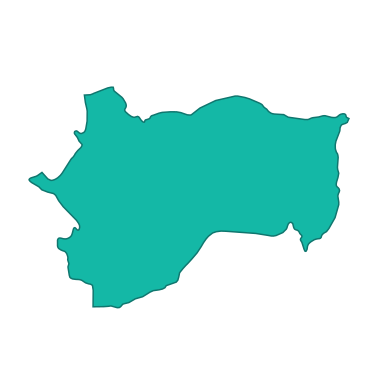 the border of Cojedes, rotated 266°
{"feature_id": "VEN-32", "entity_name": "Cojedes", "entity_type": "State", "adm_level": 1, "iso_a3": "VEN", "parent_name": "Venezuela", "parent_adm1": "", "projection": "robinson", "projection_center": [-68.34, 9.331], "detail": "fine", "context": "isolated", "style": "filled", "palette": "teal", "viewbox_px": 384, "rotation_deg": 266, "n_neighbors": 0, "source": "natural_earth", "source_scale": "10m", "svg_char_len": 4204}
<svg xmlns="http://www.w3.org/2000/svg" viewBox="0 0 384 384"><g transform="rotate(266 192 192)"><path d="M296.2,91.4L296.1,97.3L296.8,99.8L297.2,100.7L301.7,115.2L302.2,118.7L302.0,120.7L301.1,120.9L299.2,121.0L298.4,121.3L297.7,121.9L291.3,128.7L289.8,129.8L285.6,131.9L284.6,132.2L283.5,132.4L282.4,132.4L281.4,132.1L280.6,131.7L279.8,131.1L279.0,130.7L278.1,130.6L277.3,130.9L276.6,131.3L273.7,134.1L271.7,136.6L270.9,138.2L270.5,139.6L271.2,143.0L270.8,143.8L270.2,144.5L267.6,146.0L266.5,146.8L265.1,148.3L265.0,149.2L265.5,149.7L266.3,149.9L267.1,150.5L267.8,153.6L268.2,154.7L268.8,155.3L269.6,155.7L270.3,156.3L270.8,156.9L271.1,157.8L271.2,158.4L272.9,164.4L273.3,166.6L273.5,167.9L273.5,176.4L273.0,182.3L272.0,186.3L269.3,192.7L269.0,194.7L268.9,196.2L269.3,197.1L275.2,205.8L281.6,222.0L284.7,241.8L284.5,244.3L282.6,251.4L280.9,255.8L275.9,265.6L274.8,267.3L274.2,268.0L271.9,269.5L271.2,270.1L269.4,272.3L267.6,273.5L266.6,274.4L265.2,276.2L264.5,277.7L264.0,279.8L262.8,288.9L259.9,293.2L256.4,309.7L256.2,312.5L256.5,314.0L256.9,314.9L257.4,316.2L257.7,317.9L258.0,323.6L258.8,327.5L258.9,329.0L258.8,330.1L256.7,336.5L256.4,338.4L256.3,340.1L256.5,341.2L256.9,342.1L258.4,344.2L258.8,344.9L259.2,345.9L259.5,347.8L259.4,349.1L259.0,350.0L258.6,350.5L258.0,350.8L256.2,351.1L255.6,351.5L254.3,353.7L252.1,352.5L250.7,351.8L250.2,350.9L249.6,349.5L249.3,348.0L248.6,345.9L247.4,345.0L245.7,344.2L243.1,343.8L242.1,343.5L232.6,339.1L229.2,338.2L225.6,338.0L224.5,338.1L222.5,338.6L221.5,338.9L219.9,339.8L218.3,340.1L216.2,340.2L206.4,338.8L204.2,338.9L200.5,339.7L196.3,338.6L191.9,336.9L189.7,336.4L188.1,336.5L187.3,336.9L185.8,338.3L184.9,338.9L183.2,339.3L181.9,338.9L180.3,338.0L179.0,337.5L177.8,337.2L171.6,337.7L169.1,337.5L156.4,332.9L146.0,326.0L143.1,323.4L141.9,320.9L140.5,319.0L139.2,318.2L137.6,317.6L136.9,316.8L136.6,315.8L136.6,314.5L136.4,312.8L135.9,310.7L134.2,307.4L133.1,305.8L132.1,304.7L130.5,303.7L129.6,303.4L126.9,302.8L125.1,301.8L124.9,301.1L125.2,300.5L127.1,299.8L134.1,298.1L135.8,297.2L136.6,296.9L137.4,296.9L138.1,297.3L138.8,297.9L139.5,298.4L140.3,298.6L141.1,298.3L142.5,297.1L143.3,296.6L145.1,295.9L145.8,295.3L146.4,294.6L147.2,292.7L147.7,291.9L148.4,291.4L149.9,290.9L153.4,290.3L154.1,289.7L154.8,288.8L154.9,287.8L154.5,287.0L153.9,286.3L153.2,285.7L151.5,284.9L149.6,284.2L148.4,283.5L145.2,279.8L142.7,272.8L142.4,270.1L142.6,268.0L143.4,264.9L146.2,252.8L150.5,222.9L151.0,218.3L150.7,213.4L149.7,209.7L146.7,205.3L144.2,202.8L140.6,199.9L136.8,197.3L130.8,192.7L124.9,186.9L121.1,182.9L119.1,180.6L116.3,177.7L112.3,174.0L108.0,172.8L105.0,171.7L103.2,170.0L100.4,159.8L98.4,158.3L97.3,155.8L96.7,152.2L96.3,146.5L95.0,143.0L91.0,135.5L89.4,128.0L86.1,121.3L85.3,116.6L84.9,115.1L82.5,112.7L81.8,111.4L81.8,109.4L84.0,103.2L83.8,100.5L83.8,100.3L83.8,98.4L83.8,96.0L84.4,85.3L100.9,86.6L105.6,86.2L106.3,85.6L106.8,84.8L107.2,84.1L107.5,82.7L108.8,79.5L111.6,75.9L112.3,74.3L112.7,72.3L112.9,70.3L113.6,66.8L114.4,65.3L115.3,64.3L117.3,63.8L125.1,63.1L126.1,63.1L129.1,64.2L132.4,63.4L133.6,63.3L134.5,63.6L135.8,63.6L137.2,63.3L139.3,62.7L140.7,61.8L141.6,61.0L142.6,58.6L143.4,57.1L145.0,55.0L146.4,54.3L147.6,54.1L153.4,54.5L154.2,54.9L154.9,55.4L155.2,56.0L155.3,56.4L155.3,56.8L155.2,57.7L154.3,60.6L154.1,61.8L154.0,63.0L154.2,64.1L154.5,65.2L154.9,66.1L155.4,67.0L155.9,67.7L156.6,68.4L157.3,68.9L159.1,69.7L163.0,71.0L163.9,71.4L164.5,72.0L164.6,72.7L164.1,73.3L163.5,73.8L162.7,74.4L162.1,75.0L161.9,75.8L162.3,76.6L164.1,77.4L165.5,77.5L166.8,77.4L168.8,76.6L171.8,74.8L186.3,62.5L192.6,58.4L198.2,55.8L200.1,53.8L202.0,48.0L204.7,42.3L207.9,39.6L212.6,32.7L214.0,31.2L215.5,30.3L216.3,30.7L216.9,31.5L217.3,32.4L218.6,37.8L219.5,39.6L222.0,43.7L215.1,49.1L213.4,52.1L213.4,53.4L213.7,54.9L214.2,56.5L215.5,59.0L217.8,61.9L220.0,63.9L232.9,73.4L233.7,74.1L235.3,76.0L236.9,77.3L238.5,78.3L241.3,80.9L244.1,84.3L245.8,85.4L247.0,85.7L250.6,82.9L254.3,81.5L258.0,79.1L258.7,78.8L259.4,78.8L260.5,79.2L260.9,80.1L261.0,81.0L260.6,81.8L258.5,84.0L258.2,84.9L258.1,86.0L259.0,88.3L259.8,89.1L260.8,89.8L262.6,90.5L270.0,92.3L280.0,93.1L282.3,92.9L288.6,91.9L296.2,91.4Z" fill="#14b8a6" stroke="#0f766e" stroke-width="1.5"/></g></svg>